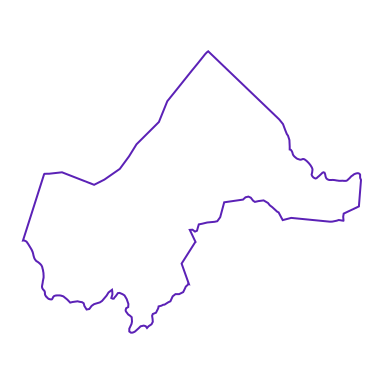 Pelouze, Praslin, Saint Lucia (Natural Earth projection)
{"feature_id": "8701671B45915520468586", "entity_name": "Pelouze", "entity_type": "district", "adm_level": 2, "iso_a3": "LCA", "parent_name": "Saint Lucia", "parent_adm1": "Praslin", "projection": "natural_earth1", "projection_center": [-60.921, 13.879], "detail": "fine", "context": "isolated", "style": "outline", "palette": "violet", "viewbox_px": 384, "rotation_deg": 0, "n_neighbors": 0, "source": "geoboundaries", "source_scale": "gbopen_adm2", "svg_char_len": 5563}
<svg xmlns="http://www.w3.org/2000/svg" viewBox="0 0 384 384"><path d="M188.9,284.1L181.6,263.6L195.3,242.0L195.5,241.9L189.8,229.9L192.5,229.7L195.0,231.6L197.0,230.7L197.8,227.8L198.8,224.4L202.3,223.7L207.2,222.5L214.6,221.8L217.3,221.2L220.2,217.2L224.2,202.3L243.0,199.6L245.5,197.3L248.4,196.6L250.8,197.7L253.1,200.7L254.9,201.9L258.4,201.1L263.6,200.4L268.0,203.0L269.8,205.3L272.3,207.2L277.2,211.7L278.6,212.4L282.7,220.1L291.2,217.9L330.1,221.7L332.3,221.6L336.7,220.7L338.8,220.0L342.4,220.6L343.4,220.7L343.5,220.4L343.2,216.7L343.7,213.6L358.9,206.4L361.0,179.9L360.7,179.2L360.3,178.4L360.1,177.3L360.1,176.1L360.1,174.7L359.5,173.8L358.5,173.3L357.5,173.2L356.4,173.4L355.4,173.7L354.4,174.1L353.4,174.7L352.6,175.5L351.6,176.0L350.8,176.8L350.0,177.7L349.2,178.5L348.3,179.3L347.5,180.1L346.6,180.7L345.5,180.9L344.4,180.9L343.4,180.8L342.3,180.7L341.2,180.8L340.1,180.8L339.0,180.8L337.9,180.6L336.9,180.5L335.8,180.3L334.7,180.1L333.7,180.0L332.6,179.9L331.5,180.0L330.4,180.0L329.3,180.0L328.3,179.7L327.3,179.2L326.4,178.4L325.9,177.4L325.5,176.2L325.3,175.0L325.0,173.8L324.5,172.7L324.2,172.7L323.5,172.3L322.5,172.7L321.7,173.5L320.8,174.4L320.0,175.1L319.2,175.9L318.6,176.4L318.3,176.6L317.4,177.4L316.9,177.9L316.5,178.2L315.5,178.5L314.5,178.1L313.5,177.5L312.7,176.7L312.0,175.7L311.6,174.6L311.9,173.4L312.2,172.2L312.3,171.0L312.5,169.8L312.3,168.6L311.8,167.4L311.2,166.4L310.6,165.4L309.9,164.5L309.2,163.6L308.4,162.7L307.5,161.8L306.7,161.0L305.8,160.3L304.9,159.6L303.9,159.1L302.9,159.0L301.8,159.4L300.8,159.7L299.7,159.6L298.6,159.2L297.6,158.9L296.6,158.4L295.7,157.6L294.8,156.9L294.0,156.1L293.3,155.2L292.8,154.1L292.5,152.9L292.1,151.8L291.5,150.7L290.8,149.8L289.7,149.5L289.7,146.4L289.4,140.0L288.0,135.7L286.8,134.0L285.2,130.0L283.0,124.1L279.2,119.4L208.2,51.3L206.8,52.4L205.1,54.2L197.6,63.6L191.6,70.9L176.9,89.3L167.3,101.2L158.9,122.0L136.5,144.3L129.0,156.4L119.8,168.9L104.4,179.6L94.1,184.8L62.0,172.3L49.4,173.7L44.6,173.8L44.1,174.2L23.0,240.5L23.7,240.4L23.9,240.5L24.1,240.5L24.3,240.5L24.5,240.6L25.1,240.9L25.3,241.0L25.6,241.1L25.8,241.2L26.0,241.3L26.4,241.6L26.7,241.9L27.1,242.4L27.2,242.6L27.4,242.8L27.5,243.1L27.9,243.6L28.3,244.2L28.8,245.0L29.4,246.0L29.8,246.6L30.0,247.0L30.3,247.5L30.6,247.9L30.8,248.3L31.3,249.2L31.5,249.4L31.7,249.8L31.7,250.0L31.9,250.3L32.2,250.9L32.3,251.1L32.3,251.4L32.5,251.6L32.5,251.8L32.6,252.0L32.7,252.3L32.8,252.5L32.9,252.9L33.2,254.0L33.3,254.5L33.3,254.8L33.4,255.2L33.5,255.4L33.6,255.7L33.6,255.9L33.8,256.6L33.9,256.9L34.0,257.1L34.1,257.5L34.2,257.9L34.3,258.1L34.4,258.3L34.5,258.5L34.8,259.1L34.9,259.3L35.1,259.5L35.4,259.9L35.5,260.1L35.7,260.3L35.8,260.5L36.0,260.8L36.4,261.0L36.7,261.2L36.8,261.3L37.0,261.5L37.3,261.7L37.7,261.9L37.9,262.0L38.4,262.4L38.5,262.5L39.0,262.9L39.3,263.1L39.5,263.3L39.7,263.5L39.8,263.6L40.0,263.7L40.1,263.9L40.5,264.2L40.6,264.4L41.0,264.8L41.4,265.3L41.5,265.5L41.7,265.9L42.0,266.5L42.2,267.0L42.3,267.4L42.3,267.6L42.4,267.8L42.5,268.2L42.5,268.5L42.6,268.8L42.8,269.3L42.9,269.9L43.0,270.1L43.0,270.3L43.1,270.6L43.1,270.9L43.1,271.2L43.2,271.5L43.3,272.0L43.4,272.4L43.4,272.9L43.5,273.4L43.5,274.2L43.5,274.4L43.6,275.6L43.6,275.9L43.6,277.0L43.6,277.3L43.6,277.6L43.5,277.9L43.5,278.1L43.5,278.3L43.4,278.5L43.3,278.9L43.1,280.1L43.0,280.6L42.9,280.8L42.9,281.0L42.8,281.6L42.8,281.8L42.7,282.1L42.7,282.4L42.7,282.7L42.6,283.0L42.5,283.6L42.5,283.8L42.4,284.0L42.4,284.3L42.3,284.7L42.2,284.9L42.2,285.3L42.1,285.7L42.1,285.9L42.0,286.1L42.0,287.1L42.1,287.3L42.2,287.6L42.2,287.8L42.3,288.0L42.4,288.4L42.5,288.5L42.7,288.9L42.8,289.1L42.9,289.3L43.0,289.4L43.2,289.6L43.5,289.9L43.6,290.0L43.8,290.2L43.9,290.3L44.1,290.5L44.4,290.9L44.4,291.1L44.6,291.3L44.6,291.5L44.8,291.9L44.8,292.1L44.9,292.3L44.9,293.4L44.9,293.7L45.0,293.9L45.0,294.2L45.0,294.4L45.1,294.6L45.1,294.8L45.2,295.0L45.3,295.2L45.4,295.4L45.6,295.7L45.7,295.9L45.8,296.1L46.0,296.3L46.0,296.5L46.3,296.7L46.4,296.8L46.6,297.0L46.8,297.1L46.9,297.3L47.2,297.6L47.3,297.8L47.7,298.1L47.9,298.3L48.2,298.5L48.4,298.6L48.5,298.8L48.9,298.9L49.0,299.0L49.4,299.1L49.8,299.2L50.0,299.3L50.4,299.3L50.7,299.4L50.9,299.4L51.1,299.4L51.7,299.4L51.9,299.3L52.0,299.2L52.5,298.5L52.6,298.3L52.7,298.0L52.8,297.8L52.9,297.6L53.0,297.3L53.3,296.9L53.5,296.7L53.7,296.4L53.9,296.2L54.1,296.2L54.5,295.9L54.8,295.8L55.4,295.6L55.6,295.5L55.9,295.5L56.0,295.5L56.4,295.5L56.6,295.4L58.9,295.4L59.2,295.4L59.6,295.4L59.9,295.4L60.1,295.5L60.5,295.5L60.8,295.5L61.0,295.6L61.3,295.7L61.5,295.8L61.9,295.9L62.1,296.0L62.4,296.0L62.6,296.1L62.8,296.2L63.1,296.3L63.4,296.4L63.8,296.7L64.0,296.9L66.0,298.5L67.3,299.6L70.2,302.6L72.6,302.0L77.6,301.3L79.6,301.8L82.1,302.2L83.7,303.3L84.4,306.0L86.6,309.5L89.3,309.0L91.6,305.9L94.0,304.2L95.5,303.7L99.9,302.4L102.1,300.9L106.6,295.6L108.5,292.5L112.0,289.8L112.3,291.6L112.4,294.5L111.3,298.0L112.6,298.7L113.7,298.7L114.5,297.5L116.0,295.8L117.9,293.1L119.6,292.9L122.6,294.2L124.5,295.4L126.7,299.1L128.4,304.0L128.2,307.1L126.2,308.2L125.6,310.1L125.9,311.4L128.2,314.5L129.9,315.6L131.7,317.2L132.0,321.6L131.5,324.0L129.3,328.7L129.3,331.5L131.0,332.7L132.7,332.6L134.6,331.8L135.7,330.9L138.7,328.2L140.6,326.3L143.8,325.6L145.7,326.2L147.0,328.0L148.5,326.3L151.5,324.3L152.8,321.8L152.7,320.8L152.6,319.1L152.1,315.8L152.8,314.0L156.0,312.7L158.2,308.3L158.6,306.4L161.4,305.7L163.1,304.8L164.6,304.6L168.4,302.2L170.4,301.3L172.7,296.3L175.5,294.1L179.2,294.1L183.2,292.1L184.9,288.6L185.8,286.6L188.2,284.4L188.2,283.9L188.9,284.1Z" fill="none" stroke="#5b21b6" stroke-width="2"/></svg>